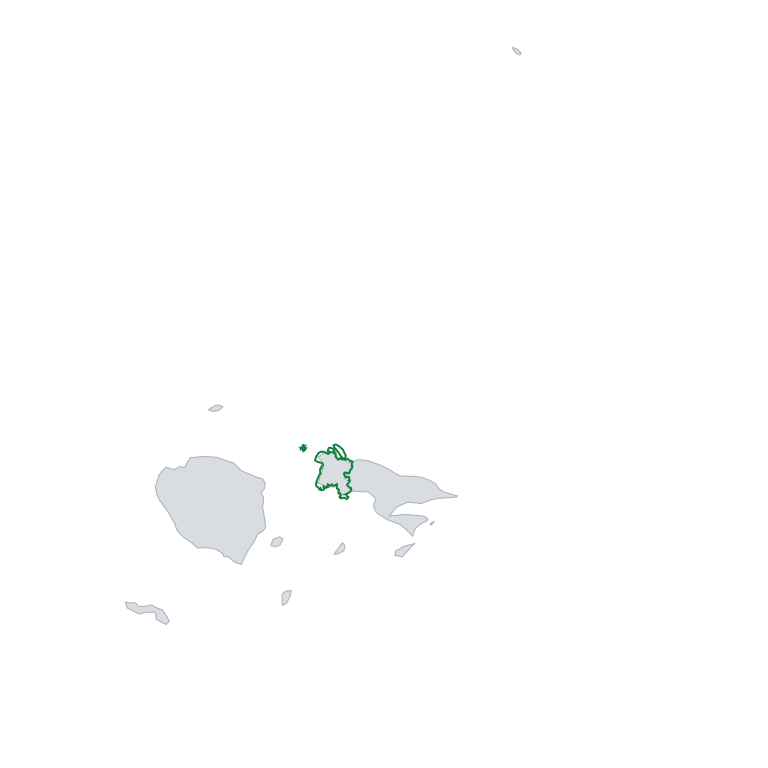 Bua, Northern, Fiji (highlighted), rotated 42°
{"feature_id": "14151628B59272471160482", "entity_name": "Bua", "entity_type": "district", "adm_level": 2, "iso_a3": "FJI", "parent_name": "Fiji", "parent_adm1": "Northern", "projection": "natural_earth1", "projection_center": [178.732, -16.793], "detail": "medium", "context": "in_parent", "style": "outline", "palette": "green", "viewbox_px": 768, "rotation_deg": 42, "n_neighbors": 0, "source": "geoboundaries", "source_scale": "gbopen_adm2", "svg_char_len": 4130}
<svg xmlns="http://www.w3.org/2000/svg" viewBox="0 0 768 768"><g transform="rotate(42 384 384)"><path d="M365.2,541.7L365.2,546.1L367.7,548.1L370.2,548.4L376.5,557.0L386.1,564.4L392.0,570.0L392.4,574.8L390.6,579.9L393.1,589.0L394.3,598.5L398.6,613.5L392.5,616.4L383.0,616.7L380.8,619.4L377.6,617.9L369.7,619.1L362.1,624.0L355.0,630.7L346.7,630.7L337.4,632.1L328.1,631.2L321.5,627.6L309.9,623.7L294.5,620.4L288.2,617.6L282.8,613.2L277.8,602.2L277.1,596.7L277.9,591.5L282.4,589.7L286.1,587.1L286.7,583.6L288.3,581.2L290.5,580.4L291.5,578.7L290.0,573.1L289.6,568.0L298.5,558.6L308.2,550.7L325.4,543.3L336.0,544.0L352.1,538.3L357.2,535.7L362.4,537.3L365.2,541.7ZM513.4,419.7L500.3,433.2L495.6,440.1L491.7,447.8L480.6,456.1L475.8,467.1L476.2,478.4L487.3,466.6L499.7,457.1L503.5,455.1L507.4,455.2L507.1,458.5L505.3,461.7L503.9,470.2L507.1,478.0L497.9,477.3L488.8,478.0L477.9,482.4L467.3,484.3L463.3,484.3L459.5,482.9L457.0,480.6L455.1,475.4L453.1,474.6L444.6,474.8L432.0,485.1L427.8,493.8L422.9,494.2L417.2,492.4L410.2,499.1L401.9,501.5L398.3,495.8L396.0,488.9L393.1,483.7L383.9,482.4L385.3,476.2L387.7,473.6L390.0,469.9L391.3,465.6L395.7,468.3L400.2,470.1L405.2,466.9L410.4,466.6L415.6,457.3L423.8,451.5L435.1,446.9L446.6,443.7L452.5,443.0L458.2,441.1L468.2,432.4L474.8,427.9L482.0,425.2L488.9,423.6L495.2,425.0L500.4,424.3L513.5,418.1L513.4,419.7ZM383.2,704.1L383.1,708.5L372.1,711.4L368.4,707.8L366.0,707.1L359.4,713.5L357.5,716.1L356.9,718.1L355.2,719.1L343.1,722.2L337.8,719.1L341.4,717.0L345.7,712.9L350.2,713.5L354.7,709.6L359.2,703.7L365.5,702.4L370.0,700.1L377.4,701.8L383.2,704.1ZM513.3,500.2L506.9,504.0L504.4,500.3L507.4,491.4L513.4,482.2L513.3,489.6L513.3,500.2ZM457.2,615.7L456.4,616.5L448.9,608.4L449.2,605.2L450.5,602.4L453.5,599.7L456.2,604.3L458.3,612.0L457.2,615.7ZM412.3,577.9L407.9,579.7L405.5,573.5L408.8,567.3L412.6,566.7L414.5,573.0L412.3,577.9ZM463.5,541.1L460.7,543.9L459.3,529.9L462.3,530.0L464.4,531.5L465.7,535.0L463.5,541.1ZM275.1,518.9L270.7,520.6L273.1,512.5L275.6,510.0L277.1,509.4L279.7,508.9L278.7,514.6L275.1,518.9ZM264.5,48.7L261.1,49.8L255.7,48.9L254.5,47.3L256.3,46.9L259.9,45.8L264.2,46.4L265.0,47.5L264.5,48.7ZM513.4,457.3L512.3,457.4L512.1,455.5L513.4,452.1L513.4,457.3Z" fill="#d9dde1" stroke="#a8b0b8" stroke-width="1"/><path d="M423.4,478.8L422.3,479.2L422.4,478.4L421.6,477.4L419.9,476.6L418.0,479.1L417.3,478.3L416.4,478.6L414.5,477.7L414.1,476.4L414.6,475.5L416.7,475.1L417.0,473.7L417.8,473.3L416.5,470.7L416.5,468.2L416.0,466.8L414.7,466.4L414.8,465.9L413.0,464.5L413.1,463.3L412.5,462.8L411.2,462.9L410.3,464.0L407.0,463.9L406.1,466.0L405.6,465.7L403.3,468.2L402.4,468.3L402.1,467.4L401.4,467.3L400.6,470.9L396.8,470.5L394.4,468.0L392.9,469.1L391.7,469.1L392.6,468.0L390.2,466.0L387.0,467.2L385.8,468.3L386.6,471.0L387.4,471.5L389.9,470.3L389.3,473.4L385.1,474.4L383.6,475.4L382.4,476.7L381.6,478.8L382.0,482.7L383.6,486.5L384.3,486.9L386.8,486.3L391.1,484.1L393.1,485.4L392.8,487.3L394.0,488.5L393.4,488.8L393.3,489.6L395.7,492.6L396.8,492.9L396.8,494.9L398.8,501.0L399.5,502.2L400.2,502.3L400.2,503.8L402.3,505.2L404.4,504.9L406.8,505.6L407.8,505.2L407.0,504.0L408.8,504.4L409.8,503.2L409.8,501.6L408.0,501.2L407.4,500.5L410.0,500.2L410.7,499.5L410.9,498.9L410.2,498.4L411.2,497.8L409.5,496.2L412.4,495.2L412.5,493.6L413.2,494.0L414.7,493.4L416.0,490.0L418.9,493.2L420.4,492.7L421.8,493.1L422.3,494.8L423.4,495.7L424.2,495.6L424.6,494.7L426.4,495.5L427.0,496.5L426.3,497.2L426.6,497.8L428.4,497.9L430.5,495.1L433.2,494.5L433.5,492.6L433.1,491.8L431.5,492.2L430.0,491.2L429.3,491.7L430.5,488.6L430.9,486.1L430.5,484.4L428.8,483.4L428.4,484.1L424.3,483.8L423.7,483.1L423.9,480.3L423.4,478.8ZM404.1,466.6L404.6,465.5L404.5,464.3L403.4,462.8L397.4,460.3L393.0,460.3L389.2,461.0L388.4,461.5L387.6,463.4L390.0,464.5L395.7,465.2L400.9,466.6L404.1,466.6ZM365.0,483.2L364.6,483.9L366.0,485.3L365.1,486.4L366.0,486.1L368.0,487.6L368.5,486.8L369.1,487.4L369.4,486.1L368.4,485.5L369.1,484.9L369.0,483.8L367.5,484.6L367.2,484.1L366.6,484.4L366.6,483.5L366.0,484.4L365.0,483.2ZM365.5,487.9L365.5,487.5L365.2,486.8L364.9,487.3L365.5,487.9Z" fill="none" stroke="#15803d" stroke-width="2"/></g></svg>